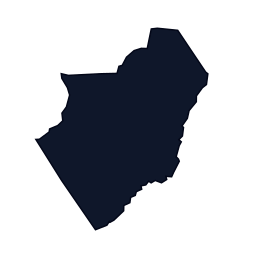 Bulloch, Georgia, United States of America (Natural Earth projection), rotated 74°
{"feature_id": "52423323B90493034811524", "entity_name": "Bulloch", "entity_type": "district", "adm_level": 2, "iso_a3": "USA", "parent_name": "United States of America", "parent_adm1": "Georgia", "projection": "natural_earth1", "projection_center": [-81.717, 32.403], "detail": "fine", "context": "isolated", "style": "filled", "palette": "ink", "viewbox_px": 256, "rotation_deg": 74, "n_neighbors": 0, "source": "geoboundaries", "source_scale": "gbopen_adm2", "svg_char_len": 925}
<svg xmlns="http://www.w3.org/2000/svg" viewBox="0 0 256 256"><g transform="rotate(74 128 128)"><path d="M47.8,53.3L40.2,72.3L39.2,78.3L56.9,87.6L55.1,93.3L55.3,100.8L59.5,109.9L66.2,116.3L66.2,119.7L72.5,123.5L68.5,138.7L61.0,170.8L57.4,177.2L62.1,177.9L72.5,175.1L80.2,175.0L90.8,181.4L95.5,187.4L103.1,188.7L106.3,194.9L107.3,203.6L110.1,204.9L114.4,216.3L113.6,219.7L160.3,206.2L216.8,187.3L215.6,175.0L212.7,171.8L213.7,171.4L212.7,167.0L206.4,155.0L201.3,153.4L200.3,146.8L195.4,144.6L194.8,139.6L191.5,137.6L190.6,131.7L187.2,131.5L187.6,126.6L184.8,122.8L187.1,120.9L185.9,116.3L189.9,110.9L188.2,105.0L184.9,104.9L186.9,99.5L183.2,96.4L174.1,87.9L171.8,88.1L169.1,89.5L169.7,90.1L159.0,83.6L156.0,80.6L153.2,82.4L150.7,77.9L142.8,74.5L140.9,75.5L135.1,68.3L128.1,64.5L121.6,55.1L116.0,53.4L109.8,45.4L107.8,40.6L97.9,36.3L95.7,37.9L65.0,47.8L47.8,53.3Z" fill="#0f172a" stroke="#020617" stroke-width="1.5"/></g></svg>